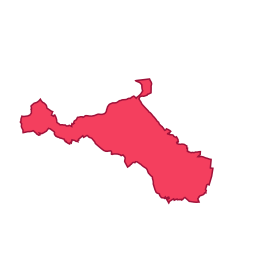 Pauleni-Ciuc, Harghita, Romania, rotated 208°
{"feature_id": "2599482B85925505294604", "entity_name": "Pauleni-Ciuc", "entity_type": "district", "adm_level": 2, "iso_a3": "ROU", "parent_name": "Romania", "parent_adm1": "Harghita", "projection": "orthographic", "projection_center": [25.907, 46.396], "detail": "fine", "context": "isolated", "style": "filled", "palette": "rose", "viewbox_px": 256, "rotation_deg": 208, "n_neighbors": 0, "source": "geoboundaries", "source_scale": "gbopen_adm2", "svg_char_len": 5733}
<svg xmlns="http://www.w3.org/2000/svg" viewBox="0 0 256 256"><g transform="rotate(208 128 128)"><path d="M143.4,173.4L143.0,173.2L139.4,173.6L138.4,173.5L136.1,172.6L134.4,169.8L133.0,168.1L132.4,167.7L132.7,164.3L133.1,162.7L134.1,160.1L134.6,159.3L134.7,158.1L137.3,158.9L138.0,158.8L139.4,156.6L139.8,155.2L140.7,154.9L141.4,154.4L142.0,153.7L142.2,153.2L142.6,152.7L143.6,151.9L145.5,150.7L146.5,150.0L147.2,149.0L147.9,148.5L148.3,148.1L148.7,147.5L149.4,146.0L150.1,145.0L151.2,144.1L153.4,142.9L154.8,141.2L155.4,140.4L155.7,139.7L156.0,137.2L155.9,136.7L155.7,135.8L155.4,133.9L155.1,133.1L154.9,132.3L155.1,130.7L155.5,129.6L156.9,128.2L157.2,127.9L158.5,127.2L160.3,126.5L161.2,125.9L162.6,124.3L163.3,123.4L165.7,121.4L167.5,120.5L170.3,119.5L171.3,118.9L171.7,118.3L172.1,117.2L172.7,116.3L173.2,116.6L174.5,116.0L175.2,115.6L176.5,114.4L177.6,113.7L177.5,111.6L177.6,110.9L178.7,109.0L178.5,106.9L177.8,106.8L178.6,105.3L179.5,105.4L179.1,104.1L178.4,102.9L181.2,102.8L181.6,101.9L183.3,100.9L185.0,101.2L185.9,100.5L186.4,100.4L187.6,100.0L189.4,98.9L191.0,99.3L193.4,99.5L195.0,101.9L196.8,103.7L198.8,105.1L199.2,104.8L199.3,104.3L199.2,103.4L201.6,103.4L201.7,104.4L202.0,105.3L202.2,107.1L202.5,107.0L203.8,106.9L208.9,107.5L210.2,109.1L210.9,109.7L211.8,110.1L213.6,110.6L214.5,110.7L215.1,110.5L217.4,111.3L218.9,112.3L219.4,110.1L219.7,109.5L220.1,108.5L220.8,107.5L222.5,105.8L223.4,103.6L223.9,102.1L223.9,101.8L223.7,101.5L222.8,100.6L222.4,100.0L222.2,99.3L222.4,99.3L222.3,98.9L222.0,99.0L221.1,97.2L220.4,96.0L220.4,95.3L220.6,94.2L220.7,93.7L220.8,93.0L221.4,92.6L222.1,91.6L225.2,89.4L226.6,88.7L227.2,88.7L226.7,85.6L226.2,84.7L225.8,83.7L225.7,83.4L225.9,82.9L225.6,82.5L224.0,81.9L222.9,79.3L222.1,78.5L219.9,77.0L219.5,76.4L218.8,75.1L218.4,74.6L214.8,77.7L213.2,78.6L211.8,79.6L211.2,80.1L210.8,80.9L210.5,81.1L210.2,81.2L209.5,80.9L209.0,80.9L208.7,80.7L207.3,80.5L205.7,79.8L204.6,80.0L203.8,79.6L202.6,80.4L202.5,80.7L202.8,81.4L203.8,81.9L201.5,82.5L200.3,84.1L198.6,86.9L198.0,90.4L197.9,90.5L197.5,90.4L195.9,90.8L195.6,90.6L191.6,90.1L190.7,89.5L190.6,88.8L189.8,87.8L187.9,86.9L187.6,87.1L186.7,86.9L186.4,87.0L185.5,87.0L185.0,87.3L183.7,87.2L183.1,87.3L181.9,87.7L180.8,87.8L179.1,88.2L178.6,87.5L178.1,87.5L177.9,87.2L177.6,87.1L177.5,86.9L176.9,86.6L176.4,86.7L176.2,86.9L176.1,86.6L175.5,86.5L175.2,86.6L174.8,86.6L174.5,86.4L174.0,86.4L173.8,86.5L173.3,86.4L172.0,86.5L172.1,87.7L172.0,88.2L171.0,88.1L171.6,89.9L171.4,90.0L171.4,90.4L171.8,91.0L171.9,91.3L169.1,92.0L167.7,91.8L166.3,92.4L165.8,92.4L166.1,92.9L166.4,93.7L165.8,94.1L166.3,95.0L164.3,99.9L162.8,98.9L160.7,102.2L159.6,102.1L159.0,101.8L158.3,101.6L157.5,101.6L156.6,101.8L155.1,101.9L151.0,100.2L150.2,99.7L149.8,99.2L149.1,98.9L142.0,97.3L138.9,96.8L136.9,97.0L136.1,97.3L135.8,97.6L135.3,97.7L134.0,98.8L133.8,98.8L133.0,99.5L132.5,99.7L131.7,99.4L131.3,99.1L131.0,98.6L130.9,98.2L130.6,98.0L130.6,97.6L130.4,97.4L130.4,97.2L130.1,97.1L129.6,97.3L129.6,97.5L127.5,98.9L125.1,100.1L122.3,100.7L121.1,100.4L119.9,101.8L119.4,101.8L119.2,101.5L117.8,101.2L116.6,100.4L116.3,100.0L115.5,97.4L115.4,97.1L114.5,96.3L110.0,93.3L109.1,95.1L108.7,95.7L108.7,96.8L108.1,97.6L107.8,99.1L107.6,99.7L106.5,100.5L105.6,100.6L105.5,101.8L104.1,102.4L102.0,102.2L101.0,102.0L99.5,102.0L98.9,101.7L96.5,101.2L92.9,100.9L91.5,100.2L89.7,98.5L88.8,97.8L85.4,96.6L83.6,96.3L82.9,95.3L82.7,94.9L81.4,93.6L80.3,92.2L79.4,90.4L75.4,86.4L73.1,84.5L72.0,84.2L69.3,84.5L68.6,83.6L67.3,82.8L65.7,82.2L64.5,82.7L63.3,83.1L62.7,83.5L62.8,83.9L62.9,84.1L62.8,84.3L62.4,83.2L61.3,84.1L60.1,85.7L59.6,86.1L58.7,85.3L58.9,85.1L59.4,84.0L59.8,83.5L60.3,83.1L57.9,81.7L57.0,81.0L56.8,80.9L56.9,82.6L56.8,82.9L55.3,85.6L54.4,86.9L53.3,85.9L52.4,87.1L52.4,87.3L51.2,88.3L50.7,87.8L48.6,89.3L48.4,89.1L47.8,89.5L47.4,90.0L46.8,89.6L46.2,90.5L46.0,91.2L46.0,91.5L45.9,92.0L45.1,93.4L40.9,92.4L39.5,92.0L35.2,93.5L32.9,94.5L30.5,96.0L31.8,97.2L32.0,97.1L33.2,98.4L32.8,100.2L33.1,100.5L32.8,101.3L32.8,101.6L32.0,102.6L31.9,102.6L30.5,104.2L30.1,104.8L29.7,106.2L29.9,106.6L29.4,107.2L28.8,107.3L29.4,108.6L29.6,109.7L30.0,109.8L30.8,110.2L31.1,111.9L31.2,112.3L31.2,113.1L31.5,113.3L31.5,113.7L31.7,114.1L31.6,114.4L31.7,114.8L31.1,115.7L30.4,116.0L30.0,115.8L29.7,115.8L31.5,124.7L34.1,132.3L36.1,131.5L36.4,131.3L36.5,131.3L39.4,138.3L39.9,139.3L41.0,138.9L41.9,138.7L43.5,138.5L45.6,138.0L48.0,137.8L48.8,137.6L50.0,137.2L51.8,136.0L52.8,135.5L52.6,136.4L52.1,137.6L51.7,138.2L53.0,141.1L54.0,140.5L55.6,139.2L56.3,138.8L56.9,138.6L58.2,137.2L59.5,136.8L60.1,136.4L60.3,136.1L61.0,135.8L63.4,135.3L63.5,135.7L64.7,135.4L66.0,138.1L66.6,137.7L67.7,139.8L68.0,139.8L68.4,139.7L70.1,139.9L70.8,139.9L72.9,139.1L73.9,138.3L76.0,137.4L76.8,137.5L77.3,137.3L78.1,137.9L77.3,138.9L77.9,139.2L77.3,139.8L77.9,140.4L78.2,141.0L78.8,141.5L81.0,142.9L81.3,142.2L82.5,142.2L83.6,142.1L83.7,142.3L84.8,142.8L85.2,142.9L87.9,141.8L90.1,141.4L90.1,141.6L88.5,141.9L88.6,142.2L89.6,141.9L89.6,142.2L90.0,142.2L89.5,142.8L89.0,143.8L88.7,145.1L89.8,145.4L91.7,145.5L93.7,145.3L93.7,144.9L93.7,144.3L94.0,143.6L94.3,143.2L95.4,143.6L96.5,144.4L98.1,144.9L98.3,145.2L99.8,145.4L101.0,145.8L101.4,145.8L102.1,146.1L103.7,147.4L105.7,147.8L107.1,148.6L109.9,149.8L110.5,150.0L110.8,150.0L114.3,151.5L116.1,152.0L116.6,151.9L117.1,152.0L117.9,152.5L123.3,154.3L126.1,155.3L127.2,155.8L129.3,157.3L130.4,157.8L131.7,158.7L132.0,158.8L131.9,159.1L132.2,160.4L132.0,161.1L131.6,161.9L130.9,162.5L130.1,163.0L129.0,163.4L126.9,165.6L126.5,166.1L126.6,166.8L126.3,167.3L126.0,167.4L124.2,169.9L126.0,173.5L126.8,175.0L127.3,175.8L127.7,177.6L128.2,178.6L129.4,179.6L130.9,180.5L132.0,181.4L142.7,174.0L143.4,173.4Z" fill="#f43f5e" stroke="#9f1239" stroke-width="1.5"/></g></svg>